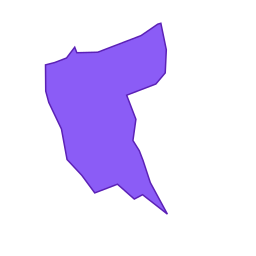 the district of Dongjak-gu, Seoul, South Korea, rotated 249°
{"feature_id": "91817680B72690271662871", "entity_name": "Dongjak-gu", "entity_type": "district", "adm_level": 2, "iso_a3": "KOR", "parent_name": "South Korea", "parent_adm1": "Seoul", "projection": "natural_earth1", "projection_center": [126.961, 37.485], "detail": "fine", "context": "isolated", "style": "filled", "palette": "violet", "viewbox_px": 256, "rotation_deg": 249, "n_neighbors": 0, "source": "geoboundaries", "source_scale": "gbopen_adm2", "svg_char_len": 583}
<svg xmlns="http://www.w3.org/2000/svg" viewBox="0 0 256 256"><g transform="rotate(249 128 128)"><path d="M216.5,73.6L191.9,64.4L180.2,63.2L150.9,65.5L120.4,59.8L100.4,67.9L79.3,73.7L79.3,98.0L59.4,108.4L60.5,117.7L33.5,133.9L68.7,129.3L69.6,129.3L69.9,129.3L92.2,130.4L101.6,130.4L102.8,130.4L113.6,128.3L114.5,128.1L133.3,138.5L157.9,138.5L159.1,138.5L159.1,169.8L166.1,182.5L187.3,191.8L214.0,196.2L214.3,193.0L209.6,173.3L209.6,158.2L209.6,139.7L209.6,126.9L216.6,107.2L222.5,107.2L215.4,95.7L215.4,82.9L216.5,73.6Z" fill="#8b5cf6" stroke="#5b21b6" stroke-width="1.5"/></g></svg>